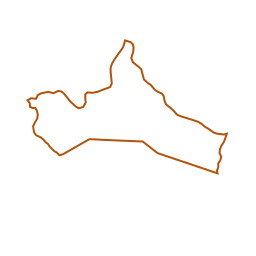 Penaforte, Ceará, Brazil (Albers equal-area conic projection), rotated 154°
{"feature_id": "56859067B64429510120789", "entity_name": "Penaforte", "entity_type": "district", "adm_level": 2, "iso_a3": "BRA", "parent_name": "Brazil", "parent_adm1": "Ceará", "projection": "albers", "projection_center": [-39.052, -7.771], "detail": "fine", "context": "isolated", "style": "outline", "palette": "amber", "viewbox_px": 256, "rotation_deg": 154, "n_neighbors": 0, "source": "geoboundaries", "source_scale": "gbopen_adm2", "svg_char_len": 1380}
<svg xmlns="http://www.w3.org/2000/svg" viewBox="0 0 256 256"><g transform="rotate(154 128 128)"><path d="M41.7,79.6L44.7,80.1L50.5,83.9L53.1,86.5L55.8,91.6L58.4,95.5L59.8,99.0L62.1,102.7L66.3,106.8L75.2,115.2L78.0,118.3L79.4,123.3L81.1,127.7L83.5,132.6L83.2,136.5L81.9,141.0L82.3,143.7L85.7,148.0L87.1,150.5L88.8,157.1L90.4,159.6L92.4,164.6L91.3,170.4L90.4,174.6L91.1,177.2L93.6,182.5L94.8,185.0L94.4,189.4L89.9,194.3L87.6,198.0L87.0,201.1L88.0,204.0L92.2,208.0L95.2,204.6L97.2,202.6L109.5,195.9L113.3,193.5L115.8,191.3L117.7,188.9L119.1,185.8L120.2,182.8L123.1,175.1L126.0,172.7L128.7,172.8L131.3,173.2L134.4,173.5L139.1,173.8L144.4,175.1L148.7,177.8L151.6,177.0L153.8,172.4L154.8,169.5L159.1,166.5L163.6,167.4L165.4,169.9L168.1,176.7L170.5,187.3L171.9,190.0L174.5,191.9L179.8,192.0L184.0,195.5L191.2,197.3L194.7,197.1L197.8,194.6L202.1,197.2L206.1,197.0L205.4,193.3L206.8,190.0L205.0,187.7L202.5,186.7L202.3,183.6L203.3,179.3L205.4,176.3L209.1,173.9L212.5,171.2L213.7,167.5L214.3,164.6L213.7,161.7L210.7,158.1L209.1,154.8L208.2,151.2L206.9,148.6L206.6,145.8L205.7,143.1L204.4,139.6L202.6,136.8L201.6,133.7L198.0,132.9L167.7,134.9L162.6,132.2L155.1,128.0L120.7,109.4L112.4,92.4L105.8,85.9L67.4,48.0L66.7,50.8L64.1,53.0L62.4,56.6L59.2,58.5L56.8,61.2L56.7,65.4L54.8,68.4L52.5,70.6L49.6,72.4L47.3,73.9L44.7,76.5L41.7,79.6Z" fill="none" stroke="#b45309" stroke-width="2"/></g></svg>